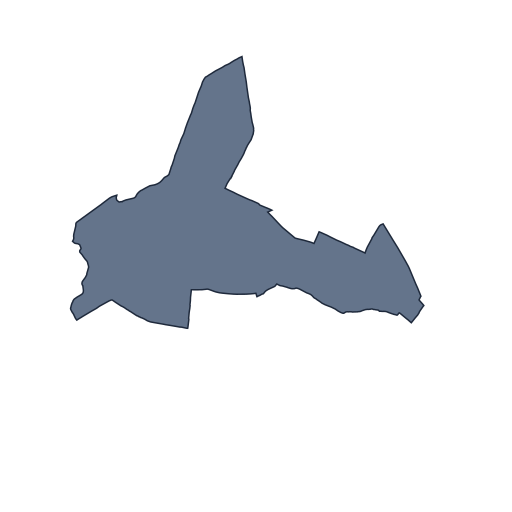 Bang Kapi, Bangkok Metropolis, Thailand, rotated 125°
{"feature_id": "78962969B79450703987233", "entity_name": "Bang Kapi", "entity_type": "district", "adm_level": 2, "iso_a3": "THA", "parent_name": "Thailand", "parent_adm1": "Bangkok Metropolis", "projection": "orthographic", "projection_center": [100.64, 13.779], "detail": "fine", "context": "isolated", "style": "filled", "palette": "slate", "viewbox_px": 512, "rotation_deg": 125, "n_neighbors": 0, "source": "geoboundaries", "source_scale": "gbopen_adm2", "svg_char_len": 6040}
<svg xmlns="http://www.w3.org/2000/svg" viewBox="0 0 512 512"><g transform="rotate(125 256 256)"><path d="M354.4,270.5L353.1,271.1L346.5,274.6L346.0,275.0L345.9,275.3L340.7,278.3L338.1,279.6L337.6,279.8L334.3,281.6L333.9,282.1L330.4,284.0L327.3,286.0L320.7,289.6L317.9,285.5L314.5,280.8L312.3,278.3L311.2,277.1L310.8,276.4L310.5,275.7L310.1,274.3L309.0,270.1L308.5,268.4L307.5,265.9L307.0,264.7L305.8,262.4L303.1,257.6L300.2,252.7L298.4,249.9L292.9,242.2L290.2,238.8L288.1,236.3L286.6,234.7L288.8,231.9L288.4,231.6L287.6,231.3L286.1,230.3L283.9,229.3L282.7,228.3L280.6,228.2L279.2,228.0L276.9,227.1L276.5,226.9L274.2,225.6L271.5,224.0L270.1,223.2L269.3,223.1L267.0,222.9L266.7,220.6L266.5,219.4L265.3,216.9L264.6,214.8L263.8,212.6L263.6,211.6L262.5,208.4L261.7,207.1L260.6,205.7L259.6,205.0L259.2,204.6L258.5,203.0L258.1,201.3L257.1,193.2L256.7,191.9L256.4,190.4L256.2,189.3L256.2,188.4L256.4,186.8L256.9,184.8L256.9,184.2L256.7,181.9L256.8,181.4L256.7,177.6L256.7,176.9L256.7,176.1L256.8,175.1L256.3,171.5L255.3,167.4L254.7,165.1L254.0,160.6L254.0,157.1L253.8,155.7L253.7,154.5L253.4,153.2L253.2,152.5L253.0,151.9L252.6,151.3L252.3,151.1L251.9,151.1L251.5,150.8L250.9,150.6L250.2,150.2L249.7,149.7L249.2,149.1L249.0,148.7L248.4,147.8L247.8,147.2L247.5,146.6L247.0,145.9L246.6,144.9L245.5,143.5L243.5,140.8L243.1,140.5L242.4,139.6L241.3,138.5L240.2,137.9L237.9,136.2L237.0,135.5L236.4,134.8L236.0,134.4L235.8,134.2L235.5,133.6L234.1,131.9L233.3,131.2L232.7,130.3L232.3,128.8L231.9,128.3L231.3,126.9L230.8,126.0L230.6,125.6L230.2,124.7L230.2,124.1L230.3,123.8L230.5,123.4L230.5,123.2L229.6,122.0L229.1,121.0L227.8,119.2L227.0,117.8L226.6,116.7L226.4,115.8L226.3,115.2L225.9,113.7L225.3,111.5L225.0,110.6L224.7,109.5L224.2,108.4L223.6,106.6L223.3,106.4L223.0,106.3L220.7,106.2L220.3,105.8L220.4,104.0L221.0,96.9L221.1,94.9L221.4,92.4L221.6,90.5L217.2,90.2L215.5,90.1L211.4,89.7L210.7,89.8L209.3,89.8L208.2,90.1L206.5,90.2L201.8,90.2L200.8,90.2L200.7,90.1L200.3,90.1L199.9,91.5L199.2,94.4L198.7,96.5L198.5,97.2L198.4,97.3L195.1,97.8L194.5,98.0L194.3,97.9L189.5,105.3L187.2,109.2L178.3,123.2L177.0,125.5L174.3,131.0L168.0,144.5L165.6,150.1L163.9,154.1L163.3,155.4L162.1,158.2L156.8,170.3L158.2,171.2L158.8,171.6L160.0,172.0L161.5,172.1L171.3,171.4L174.4,171.4L175.5,171.0L184.9,169.9L187.7,169.3L191.0,168.4L191.0,168.6L193.1,180.1L193.1,181.2L194.0,184.2L194.2,186.3L194.9,189.2L195.0,190.1L195.8,194.8L196.8,199.4L197.0,200.9L197.8,206.1L198.3,209.9L198.8,212.4L199.5,216.1L200.0,218.2L207.2,216.7L212.5,215.7L213.1,218.4L213.7,220.3L215.7,226.0L217.9,231.5L218.8,233.9L218.9,234.6L217.5,250.4L217.1,252.8L216.3,256.7L214.5,265.3L213.9,268.8L213.3,271.6L209.4,269.3L209.7,271.3L211.5,279.4L212.1,282.1L211.7,283.7L211.7,284.4L213.0,291.2L213.6,293.3L214.2,296.3L216.1,306.4L216.5,309.1L216.7,310.8L217.6,315.7L218.3,320.2L217.7,320.3L213.3,321.2L209.8,321.4L207.3,321.5L207.2,321.5L207.1,321.2L205.1,321.4L204.9,321.4L204.9,321.6L199.1,322.4L198.0,322.7L191.6,323.3L189.8,323.6L188.3,323.8L184.5,324.0L180.2,324.5L178.0,324.9L177.2,325.2L173.7,325.8L173.4,326.0L171.9,326.1L170.5,326.4L167.1,326.6L163.6,326.7L158.1,328.2L157.8,328.2L157.5,328.3L157.3,328.5L154.6,329.8L153.5,330.8L152.7,331.2L151.7,332.3L150.1,334.1L148.8,335.7L144.8,339.7L142.4,341.9L140.0,344.3L139.7,344.5L138.2,345.4L136.6,346.9L135.0,348.6L133.6,349.9L130.7,353.0L122.6,360.6L119.0,363.8L113.0,369.7L108.6,373.8L106.8,375.9L104.3,378.5L100.7,381.9L101.7,382.4L101.8,382.6L103.5,383.6L105.6,384.5L108.0,385.8L111.7,387.4L113.1,387.9L114.9,388.8L117.6,390.5L121.0,391.9L126.2,394.6L126.5,394.8L128.2,395.6L132.6,397.4L134.8,398.4L136.6,399.0L137.9,399.7L138.6,400.0L139.7,400.0L140.9,400.0L144.2,399.6L145.4,399.2L148.3,398.3L150.4,397.9L154.7,397.0L156.1,396.6L157.0,396.3L165.6,393.7L167.8,393.3L171.3,392.4L176.1,390.8L178.0,390.5L180.1,390.0L186.2,388.6L190.9,387.3L191.7,387.1L192.8,386.7L197.2,385.3L203.7,384.2L206.7,383.2L208.9,382.8L210.4,382.3L212.2,381.8L220.5,379.9L222.8,378.9L228.5,377.2L229.0,377.0L232.1,376.4L232.7,376.1L239.1,374.1L239.5,374.1L241.3,374.6L244.1,376.0L244.5,376.1L248.5,376.5L250.9,377.0L252.0,377.5L253.3,378.1L255.7,379.7L259.3,383.2L263.7,385.5L267.3,387.2L268.5,387.9L270.3,388.5L272.8,388.9L273.2,388.9L275.0,388.8L275.6,388.7L276.7,388.6L277.8,388.9L278.4,389.2L279.1,389.7L284.7,394.7L287.4,396.5L288.4,396.8L288.5,397.2L289.6,398.4L290.3,399.0L290.2,401.6L290.1,402.0L289.8,402.5L289.0,403.4L288.3,404.0L287.5,404.4L286.6,404.6L286.0,404.9L289.6,407.6L290.5,408.2L292.6,409.2L301.3,412.0L303.1,412.5L304.1,412.9L331.0,422.2L332.3,422.3L333.0,422.0L334.9,420.8L342.5,417.8L343.3,417.4L344.5,416.7L345.6,415.7L346.5,415.2L347.4,414.9L349.2,414.7L349.5,412.2L349.3,411.3L348.6,409.8L348.2,409.1L348.1,408.4L348.0,407.9L347.9,407.1L348.1,406.6L349.6,404.3L350.0,403.8L350.5,403.5L352.5,403.5L352.8,403.4L353.3,403.1L353.9,402.5L354.7,399.2L355.4,397.5L356.4,394.6L357.3,391.1L358.3,389.8L358.9,389.2L359.9,387.9L360.8,387.0L361.1,386.7L365.1,385.3L366.6,384.8L367.4,384.5L368.4,383.9L369.9,383.7L371.5,383.5L375.5,383.6L376.7,383.5L377.0,383.5L377.8,383.1L378.4,382.8L379.2,382.0L379.7,380.8L383.1,377.7L384.1,377.1L384.8,376.7L385.5,376.6L386.2,376.6L387.1,376.7L388.6,377.3L392.3,379.0L395.1,380.0L395.8,380.2L397.5,380.2L398.7,379.8L399.5,379.8L401.5,379.3L402.6,378.9L403.8,378.4L405.2,377.9L405.7,377.5L406.2,376.8L407.7,373.9L407.9,373.0L408.5,371.8L410.2,368.9L410.8,367.7L411.3,366.0L409.4,365.3L408.1,364.7L406.1,363.8L405.3,363.5L396.4,359.5L395.7,359.2L390.9,356.9L389.7,356.4L387.3,355.6L385.6,354.8L379.9,352.0L377.1,350.6L375.2,349.4L374.7,348.8L374.5,348.4L374.5,348.2L374.5,344.4L374.3,337.9L374.0,336.4L373.8,334.4L373.8,333.1L373.8,331.1L373.7,330.1L373.6,329.4L373.7,328.2L373.6,327.6L373.5,326.8L373.3,319.8L373.2,318.9L372.9,318.6L372.9,317.9L372.9,316.9L372.7,316.7L372.5,314.9L372.1,313.8L371.6,310.9L371.4,307.9L371.0,306.4L370.5,304.6L368.9,301.1L365.1,293.0L364.1,290.7L362.2,286.8L358.9,279.8L358.1,278.0L357.0,276.2L355.0,271.5L354.4,270.5Z" fill="#64748b" stroke="#1e293b" stroke-width="1.5"/></g></svg>